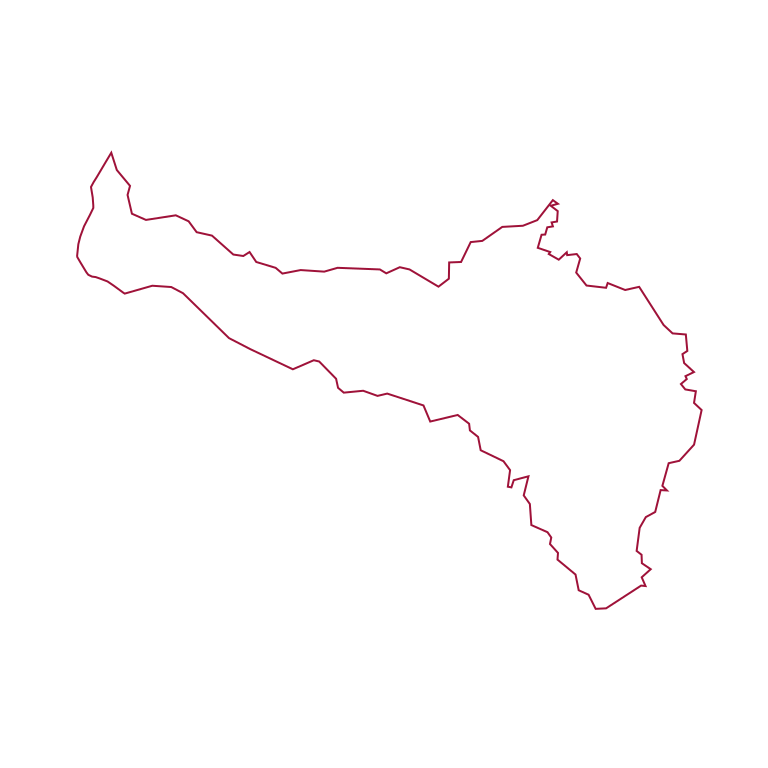 outline of Ohrid, Ohrid, North Macedonia, rotated 96°
{"feature_id": "65306769B86752814527149", "entity_name": "Ohrid", "entity_type": "district", "adm_level": 2, "iso_a3": "MKD", "parent_name": "North Macedonia", "parent_adm1": "Ohrid", "projection": "orthographic", "projection_center": [20.849, 41.081], "detail": "fine", "context": "isolated", "style": "outline", "palette": "rose", "viewbox_px": 768, "rotation_deg": 96, "n_neighbors": 0, "source": "geoboundaries", "source_scale": "gbopen_adm2", "svg_char_len": 1946}
<svg xmlns="http://www.w3.org/2000/svg" viewBox="0 0 768 768"><g transform="rotate(96 384 384)"><path d="M186.6,229.9L183.5,235.3L205.0,248.7L212.1,262.4L215.4,282.8L231.4,301.2L233.8,312.6L254.6,320.1L256.3,331.9L272.5,330.5L281.5,340.0L267.4,370.6L266.2,380.5L273.7,393.3L270.5,400.1L273.3,442.3L278.5,455.2L279.4,478.8L284.8,496.6L279.8,503.9L276.0,523.8L266.8,531.5L271.4,537.3L271.0,547.4L254.4,570.6L252.6,586.2L242.6,595.3L238.0,608.7L245.7,637.9L241.0,652.5L222.8,658.8L213.5,657.3L199.1,672.1L182.5,679.4L192.4,684.0L208.1,691.2L213.6,693.9L218.7,696.0L228.9,693.2L236.7,691.8L239.3,691.5L246.5,694.1L258.5,698.8L269.2,701.5L276.9,702.6L288.6,702.6L289.8,702.3L294.6,698.8L304.1,691.6L306.3,689.5L307.7,685.6L307.8,681.9L308.7,678.0L310.9,669.7L314.5,663.0L320.4,652.9L321.2,651.3L310.5,624.7L309.8,605.7L314.7,593.4L354.6,542.9L363.2,520.9L378.9,476.2L367.7,456.3L368.4,450.8L383.8,432.2L392.6,429.3L396.8,423.1L392.9,404.0L396.5,389.2L393.2,379.8L401.2,342.5L416.5,334.1L407.1,307.5L414.6,295.2L421.2,293.7L426.8,284.9L439.8,280.9L448.3,257.1L456.5,249.6L473.2,250.1L473.5,246.5L466.1,244.9L460.7,230.7L480.2,233.4L488.1,226.4L508.9,222.7L514.3,205.9L519.2,201.6L525.8,202.2L533.8,193.3L540.5,193.1L553.5,173.6L568.8,168.8L572.2,158.5L585.5,150.0L583.9,139.7L557.6,107.2L557.6,102.8L549.3,107.5L540.3,99.4L535.3,108.8L526.9,110.0L523.6,115.3L500.3,114.7L489.0,109.7L482.9,100.9L460.6,97.8L460.3,91.5L456.2,96.5L433.0,92.6L429.5,82.2L411.9,69.3L376.7,65.4L370.4,73.7L358.6,73.1L357.9,83.8L353.0,88.7L347.4,83.4L344.7,85.0L339.7,77.0L331.8,87.7L323.1,90.3L319.4,85.8L303.2,89.0L303.5,102.3L296.1,112.1L260.7,140.4L265.3,154.0L260.2,172.1L265.1,173.2L264.9,192.9L253.1,204.5L238.7,202.0L234.6,205.9L236.7,215.3L233.9,216.0L242.1,223.2L237.5,233.7L235.4,232.5L232.5,245.3L219.1,242.9L218.5,239.3L211.1,238.0L209.6,232.5L205.8,234.2L204.3,228.9L193.9,229.3L189.3,236.8L186.6,229.9Z" fill="none" stroke="#9f1239" stroke-width="2"/></g></svg>